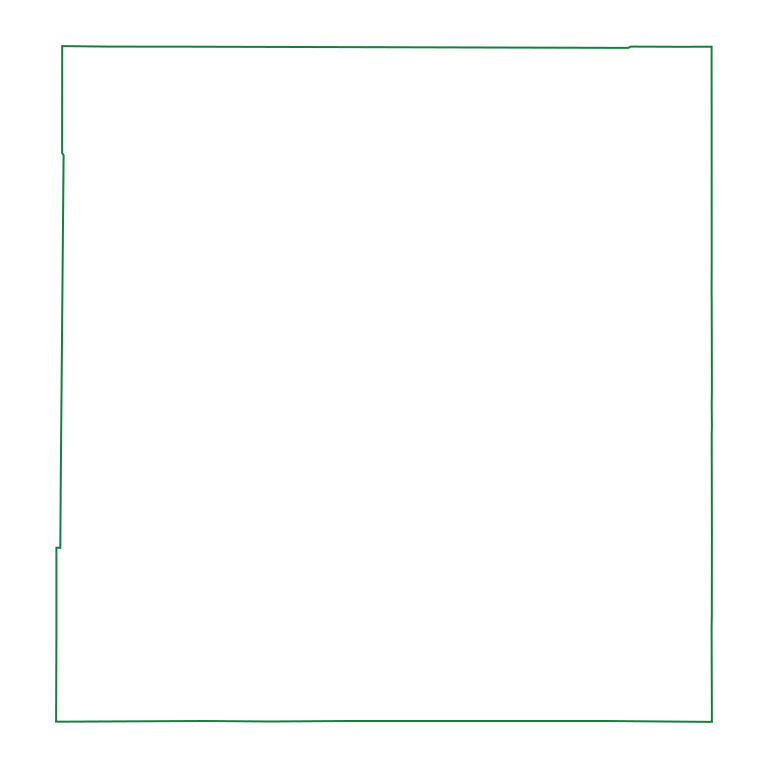 outline of Cochise, Arizona, United States of America
{"feature_id": "52423323B82502698650850", "entity_name": "Cochise", "entity_type": "district", "adm_level": 2, "iso_a3": "USA", "parent_name": "United States of America", "parent_adm1": "Arizona", "projection": "equal_earth", "projection_center": [-109.611, 31.88], "detail": "fine", "context": "isolated", "style": "outline", "palette": "green", "viewbox_px": 768, "rotation_deg": 0, "n_neighbors": 0, "source": "geoboundaries", "source_scale": "gbopen_adm2", "svg_char_len": 507}
<svg xmlns="http://www.w3.org/2000/svg" viewBox="0 0 768 768"><path d="M60.8,475.3L60.3,547.8L56.4,547.7L56.4,637.4L56.1,721.7L204.7,721.0L269.8,721.5L349.3,721.0L605.6,721.0L711.9,721.9L711.6,630.6L711.7,618.5L711.8,618.5L711.9,533.8L711.7,434.9L711.9,426.1L711.7,405.8L711.8,394.9L711.9,389.1L711.7,300.9L711.6,292.0L711.7,257.5L711.7,254.4L711.6,46.7L680.9,46.8L630.8,46.6L628.2,47.9L192.2,46.7L109.6,46.6L62.2,46.1L62.1,152.9L63.6,155.2L60.8,475.3Z" fill="none" stroke="#15803d" stroke-width="2"/></svg>